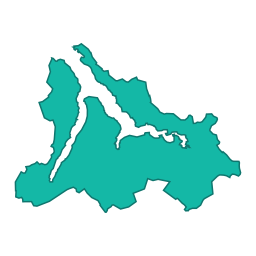 Volda nor, Møre og Romsdal, Norway
{"feature_id": "86288312B43762277095742", "entity_name": "Volda nor", "entity_type": "district", "adm_level": 2, "iso_a3": "NOR", "parent_name": "Norway", "parent_adm1": "Møre og Romsdal", "projection": "orthographic", "projection_center": [6.111, 62.092], "detail": "fine", "context": "isolated", "style": "filled", "palette": "teal", "viewbox_px": 256, "rotation_deg": 0, "n_neighbors": 0, "source": "geoboundaries", "source_scale": "gbopen_adm2", "svg_char_len": 5814}
<svg xmlns="http://www.w3.org/2000/svg" viewBox="0 0 256 256"><path d="M81.3,43.8L78.3,45.7L74.2,46.1L74.6,46.8L73.3,47.1L74.1,47.5L73.9,48.9L74.5,49.7L75.5,50.0L76.1,48.9L77.8,49.2L78.1,50.3L77.8,50.9L78.7,51.3L77.9,51.9L78.6,52.5L79.8,52.3L84.3,56.2L84.4,56.9L83.7,57.6L81.5,57.2L80.5,59.1L80.4,59.8L80.8,60.8L84.2,64.0L88.3,65.5L90.5,67.3L91.4,68.9L92.4,72.3L94.2,74.6L94.9,75.9L95.5,78.8L97.2,81.1L98.4,82.0L100.3,82.5L100.8,83.5L103.2,84.0L103.5,84.3L103.2,84.5L103.4,84.9L104.5,84.9L106.4,86.2L108.5,90.0L109.8,90.3L110.2,91.3L112.1,93.0L112.7,95.2L115.4,96.0L115.1,96.2L116.1,97.1L116.1,98.5L116.5,98.8L116.6,102.0L116.2,103.0L117.7,103.5L120.1,106.5L121.4,107.4L122.2,111.6L126.2,111.9L127.2,112.5L129.2,114.6L130.6,117.8L132.0,117.7L131.8,118.0L132.8,118.3L133.7,119.7L134.5,120.0L135.4,122.8L135.8,122.9L135.2,124.4L135.5,126.1L138.6,127.3L140.6,126.1L145.0,125.1L145.5,124.7L145.8,123.4L147.3,123.2L148.0,124.6L149.8,124.4L154.0,125.8L153.8,126.1L155.1,126.8L155.9,127.9L156.2,129.2L157.8,130.9L161.8,130.6L163.5,129.7L167.2,129.7L167.6,131.7L167.6,133.3L165.6,133.5L166.1,134.8L166.9,135.3L170.4,134.2L172.2,132.1L176.8,131.8L177.8,133.6L181.2,134.9L184.1,134.7L185.7,135.3L185.9,136.1L185.6,136.6L186.2,138.2L187.1,138.8L187.9,141.5L186.3,141.8L186.4,142.9L186.0,143.1L185.5,144.7L188.6,145.6L189.0,145.9L189.0,146.5L188.4,145.7L188.2,146.2L189.3,147.2L188.0,147.0L187.9,146.2L187.3,145.7L185.8,146.6L186.2,148.2L185.1,148.1L185.1,147.5L184.6,148.0L182.4,147.7L181.9,147.3L181.9,146.0L181.2,145.9L181.2,145.1L179.4,144.7L179.9,143.4L182.1,141.7L182.1,140.9L179.7,139.6L179.6,138.8L179.0,138.8L179.0,137.9L178.3,136.6L176.0,135.4L174.4,135.8L174.4,134.9L173.7,134.8L173.9,134.4L172.6,134.8L173.2,136.2L174.1,136.7L174.1,140.6L173.7,141.6L170.1,142.8L166.9,142.1L164.4,140.0L162.9,137.2L162.1,136.9L161.8,135.0L159.2,135.6L159.9,136.8L159.7,137.5L158.5,138.1L155.0,138.1L153.7,137.7L149.9,135.0L149.3,133.8L149.3,132.5L148.9,132.5L145.4,132.8L144.8,133.2L144.7,134.8L137.0,137.0L129.6,135.4L124.5,137.4L120.3,140.5L120.1,142.7L119.8,142.6L119.3,143.9L119.6,147.5L118.6,148.4L118.8,149.3L117.6,149.4L116.1,148.1L115.7,145.7L116.0,145.7L115.8,144.6L114.5,143.8L115.4,143.0L115.1,142.4L115.9,141.9L116.8,140.1L116.7,138.7L115.9,138.5L115.8,137.7L117.7,135.6L118.7,133.5L119.0,133.5L119.5,131.8L119.9,131.9L119.8,130.8L120.8,129.6L120.9,128.4L120.1,125.2L117.0,121.4L117.1,121.0L115.0,119.7L113.7,118.0L112.4,118.2L107.7,116.2L107.0,114.8L105.7,113.9L105.4,112.9L104.7,112.6L104.4,110.3L103.8,110.2L103.8,108.4L103.0,106.3L101.5,105.0L101.4,104.0L100.7,103.4L100.7,102.5L99.5,101.7L97.4,97.8L88.9,96.6L84.8,98.7L84.2,99.3L84.2,100.2L83.8,100.8L83.8,101.2L85.2,101.9L85.4,103.4L86.5,104.9L87.4,109.8L87.3,116.1L85.8,121.9L81.6,129.9L76.8,135.9L76.2,137.2L75.3,141.0L74.0,143.3L72.1,145.3L71.9,145.9L72.3,147.0L71.9,148.7L69.0,155.1L66.4,158.6L65.2,159.0L65.0,160.1L61.4,162.7L61.3,163.7L60.7,165.1L58.4,169.0L57.7,169.4L57.7,170.3L56.8,172.3L56.0,172.8L56.0,173.5L54.8,176.6L52.9,179.4L52.6,181.8L50.1,182.0L49.3,180.4L50.0,178.7L49.1,177.8L49.1,177.0L49.4,176.3L49.3,175.4L50.2,174.3L51.3,170.5L53.2,168.5L56.2,159.4L57.7,158.3L57.7,157.6L60.1,155.0L62.1,149.6L65.5,145.3L65.1,145.1L65.0,143.9L66.0,141.7L67.9,139.4L70.6,137.4L69.8,136.0L70.3,134.6L69.9,134.2L69.8,132.9L71.4,128.0L72.5,126.4L75.1,124.5L74.8,123.1L75.9,121.4L75.9,120.0L77.3,119.6L76.1,118.5L77.6,116.0L78.3,112.9L78.8,112.5L78.2,110.2L79.1,108.3L78.7,107.2L77.6,106.1L77.9,102.6L76.6,101.8L76.1,98.5L78.2,94.0L77.7,93.3L77.9,92.7L79.8,91.4L80.7,87.0L79.8,84.8L77.8,82.6L77.9,80.6L77.7,78.9L75.0,76.5L74.0,73.5L71.0,70.0L70.0,67.2L64.7,62.9L64.1,60.4L60.3,59.3L57.8,60.2L57.0,61.2L55.6,61.1L53.3,58.5L51.7,58.0L51.9,58.9L49.0,65.5L50.4,71.8L46.8,82.1L52.7,88.7L51.6,91.9L48.3,95.6L48.7,97.1L42.6,101.6L39.1,102.5L44.4,117.8L50.0,120.8L53.0,120.1L55.3,126.7L54.3,139.6L53.4,143.6L51.7,145.0L51.1,146.4L53.4,147.4L54.1,150.2L54.2,151.8L53.4,153.3L51.2,155.1L51.6,156.7L51.3,158.0L48.1,162.9L46.6,164.3L44.8,164.7L41.4,163.4L39.7,164.5L37.0,161.9L35.0,163.6L31.7,164.8L29.5,166.2L25.9,166.7L26.9,169.4L25.2,172.9L23.4,173.1L21.2,171.9L15.4,182.0L15.6,190.7L16.1,190.7L15.8,196.9L18.9,198.1L21.6,197.4L22.7,199.1L22.9,201.7L31.5,201.6L33.7,205.7L37.0,206.1L49.4,201.3L66.9,189.7L69.6,188.5L73.4,187.2L76.1,188.9L76.6,191.5L79.1,192.7L84.4,188.8L87.3,193.2L91.7,197.5L98.0,200.6L100.3,204.5L100.0,205.2L105.3,212.2L106.3,212.1L107.2,210.5L107.6,208.8L111.0,206.7L112.0,205.2L113.3,204.8L120.6,209.0L128.7,206.9L136.1,201.6L133.2,193.3L144.4,188.9L147.7,178.6L153.0,180.5L158.1,179.3L169.8,181.7L163.5,190.3L175.7,199.3L177.1,198.3L177.9,198.7L182.2,203.2L184.4,204.8L186.2,207.0L184.5,209.5L184.8,209.8L185.6,210.8L188.3,210.7L189.2,209.4L192.5,208.3L196.4,208.3L200.6,205.1L202.9,200.3L204.3,198.7L212.9,193.9L211.7,181.7L217.5,176.1L219.6,174.9L223.5,175.1L226.4,175.7L229.8,177.5L230.3,175.9L232.4,174.1L235.0,174.5L238.5,176.0L240.1,174.4L240.6,172.7L239.4,168.2L239.2,165.4L239.4,162.7L238.9,161.4L233.3,161.3L231.8,160.8L229.8,159.0L226.6,154.9L223.0,151.8L222.3,152.5L219.1,149.1L216.8,145.2L219.2,143.6L219.6,142.1L217.4,139.5L216.4,135.0L213.0,134.0L209.9,130.7L209.8,129.7L211.5,125.7L215.2,123.4L216.8,120.9L217.4,119.1L216.9,117.7L213.5,116.2L211.7,113.9L206.5,114.1L205.8,117.1L202.2,121.7L200.1,122.5L197.3,122.2L195.6,123.3L193.4,123.4L192.2,116.7L190.1,115.2L188.9,115.5L187.6,117.9L185.0,120.0L180.8,119.9L173.4,113.8L166.6,113.5L164.2,114.1L159.9,112.1L157.7,108.7L150.4,102.4L150.9,101.8L150.5,98.8L149.7,95.7L149.2,96.1L146.6,88.8L145.7,82.2L137.6,79.9L136.5,77.2L131.7,79.3L128.3,82.1L126.1,81.8L122.4,79.0L117.3,80.8L115.8,80.7L108.9,75.2L108.0,70.7L103.9,71.3L101.9,69.6L102.1,68.8L97.8,65.3L95.9,64.4L96.7,62.8L92.2,56.9L90.9,52.7L90.6,52.8L88.2,49.1L81.3,43.8Z" fill="#14b8a6" stroke="#0f766e" stroke-width="1.5"/></svg>